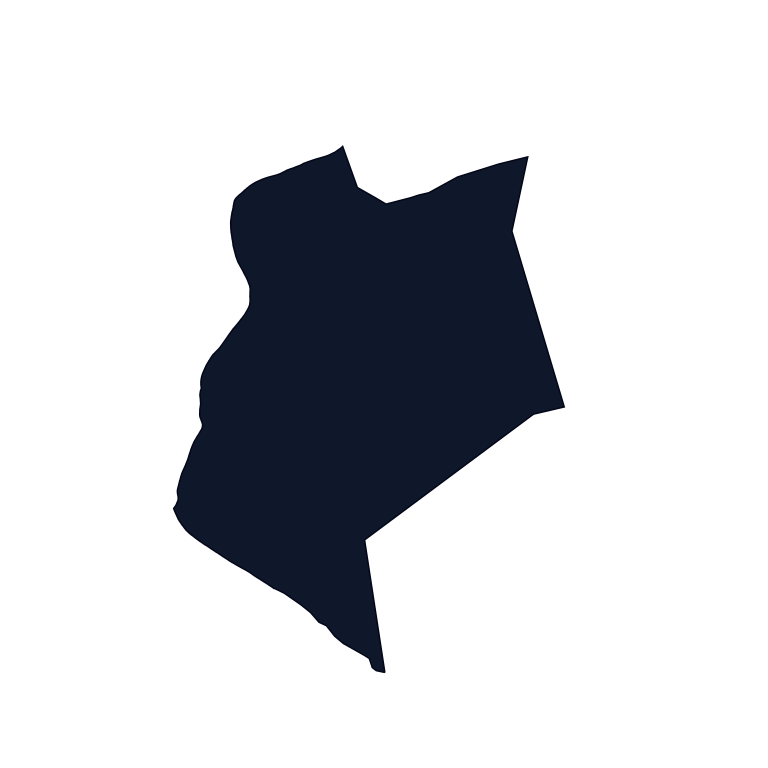 the district of Grande Riviere/Morne Caca Cochon, Dennery, Saint Lucia, rotated 326°
{"feature_id": "8701671B52865399345725", "entity_name": "Grande Riviere/Morne Caca Cochon", "entity_type": "district", "adm_level": 2, "iso_a3": "LCA", "parent_name": "Saint Lucia", "parent_adm1": "Dennery", "projection": "albers", "projection_center": [-60.939, 13.929], "detail": "fine", "context": "isolated", "style": "filled", "palette": "ink", "viewbox_px": 768, "rotation_deg": 326, "n_neighbors": 0, "source": "geoboundaries", "source_scale": "gbopen_adm2", "svg_char_len": 6171}
<svg xmlns="http://www.w3.org/2000/svg" viewBox="0 0 768 768"><g transform="rotate(326 384 384)"><path d="M630.2,276.1L602.1,265.8L560.7,253.5L528.1,250.5L518.1,246.7L510.3,244.5L486.3,236.0L481.3,225.4L471.8,206.2L482.6,163.9L481.9,164.0L481.3,164.1L479.6,164.3L478.2,164.3L473.1,164.4L472.2,164.3L470.5,164.0L469.4,163.9L467.5,163.6L466.2,163.4L464.5,163.0L462.1,162.4L461.5,162.2L460.9,162.0L459.5,161.5L458.8,161.3L456.6,160.6L453.0,159.4L451.8,159.1L451.0,158.8L450.0,158.6L449.1,158.3L448.5,158.2L447.1,157.8L446.3,157.6L445.3,157.3L443.9,157.0L443.1,156.8L442.4,156.6L441.4,156.4L440.5,156.1L439.6,156.1L438.5,156.1L435.7,155.6L434.6,155.3L433.6,155.1L432.7,154.8L430.9,154.5L430.0,154.3L426.8,153.4L424.3,152.8L423.7,152.6L422.5,152.4L421.9,152.4L421.0,152.3L418.8,152.0L418.1,151.9L416.2,151.7L415.5,151.6L414.7,151.4L413.8,151.2L413.2,151.0L411.9,150.7L411.2,150.5L410.6,150.2L409.5,149.9L408.7,149.6L407.2,149.1L406.5,148.8L405.7,148.6L403.8,147.9L402.4,147.5L400.7,147.0L399.8,146.8L399.0,146.6L397.0,146.1L396.1,146.0L395.4,145.8L394.4,145.7L393.5,145.5L390.3,145.0L389.5,144.9L388.2,144.9L387.3,144.8L385.9,144.8L384.8,144.8L383.9,144.8L383.0,144.8L382.0,145.0L379.6,145.1L378.9,145.3L377.8,145.4L377.2,145.4L376.5,145.5L375.3,145.7L374.6,145.9L373.9,145.9L372.8,146.1L371.8,146.2L371.0,146.3L370.3,146.3L369.3,146.4L368.4,146.6L367.5,146.7L364.9,147.3L363.5,147.9L362.7,148.3L361.9,149.0L360.8,150.0L360.4,150.5L359.8,151.1L359.1,151.7L358.6,152.2L358.2,152.8L357.5,153.5L356.8,154.2L355.6,155.4L354.9,155.9L353.7,157.1L351.7,159.2L351.2,159.7L350.0,161.1L349.0,162.2L348.4,162.9L347.9,163.4L347.3,164.3L346.8,165.0L346.2,165.9L345.0,167.9L344.3,168.9L343.6,170.2L343.1,171.0L342.4,172.3L342.0,172.9L341.8,173.6L341.5,174.2L340.8,175.8L340.4,176.5L340.1,177.2L339.8,177.8L339.4,178.4L338.7,180.2L338.2,181.2L337.9,181.9L337.5,182.8L337.0,183.6L336.7,184.2L336.3,185.1L336.0,185.8L335.8,186.4L335.1,188.4L334.8,189.1L334.5,190.1L334.1,191.1L333.9,191.8L333.1,194.0L332.6,195.4L332.4,196.2L331.6,199.5L331.2,201.0L331.1,201.8L331.0,202.6L331.0,203.4L330.9,204.0L330.8,205.3L330.7,206.2L330.6,207.0L330.6,207.9L330.5,208.7L330.4,210.0L330.3,211.0L329.9,213.9L329.8,214.7L329.6,217.1L329.5,218.1L329.4,218.7L329.3,219.4L329.1,220.6L328.7,222.7L328.5,223.5L328.3,224.2L328.1,225.1L327.9,225.9L327.7,226.8L327.5,227.6L327.1,228.4L326.6,229.7L326.0,230.6L325.5,231.5L324.9,232.1L324.4,232.9L323.8,233.7L323.2,234.6L322.7,235.3L321.6,236.8L320.8,238.2L320.3,239.0L319.2,240.6L318.3,241.7L317.6,242.4L317.2,242.9L316.6,243.5L315.9,244.0L314.5,244.9L313.8,245.3L313.0,245.8L311.3,246.6L310.1,247.2L309.5,247.5L308.8,247.8L308.2,248.1L307.6,248.4L306.9,248.7L305.9,249.0L305.1,249.3L304.2,249.6L303.4,249.9L302.8,250.1L301.8,250.4L301.1,250.6L300.1,251.0L296.8,252.0L296.2,252.2L295.3,252.5L293.0,253.1L291.6,253.5L290.5,253.8L289.8,253.9L289.3,254.2L288.3,254.5L287.5,254.8L286.4,255.2L285.8,255.4L285.2,255.7L284.4,255.9L283.8,256.1L282.4,256.7L281.4,257.0L280.4,257.5L278.8,258.1L277.3,258.7L275.7,259.3L274.8,259.6L273.3,260.2L271.7,260.8L270.8,261.1L268.9,261.8L268.3,262.0L267.5,262.2L266.6,262.5L266.0,262.6L265.1,262.8L263.5,263.1L261.0,263.6L260.4,263.8L259.4,263.9L258.6,264.1L258.0,264.3L257.2,264.6L256.0,265.1L254.8,265.6L252.7,266.6L251.7,266.9L250.5,267.6L249.9,267.8L249.2,268.1L248.7,268.4L247.4,269.0L246.8,269.3L245.9,269.9L245.2,270.3L244.4,270.8L243.6,271.3L242.4,272.1L241.6,272.6L240.4,273.3L239.7,273.8L239.0,274.3L238.5,274.7L237.0,275.9L236.5,276.4L235.1,277.8L234.5,278.5L233.4,279.8L232.9,280.6L232.3,281.5L231.8,282.2L231.1,283.6L230.6,284.6L230.2,285.4L229.3,286.1L228.6,286.6L227.9,287.2L227.2,287.9L226.5,288.7L225.6,289.7L224.8,290.9L224.5,291.5L223.7,293.1L223.3,293.9L222.7,294.8L221.9,296.3L221.4,297.1L221.0,297.7L220.5,298.4L219.8,299.2L219.1,299.9L218.7,300.4L217.8,301.4L216.9,302.4L216.3,303.3L215.3,304.7L214.8,305.3L214.0,306.5L213.2,308.0L212.6,310.1L212.5,310.8L212.2,311.7L212.0,312.6L211.8,313.5L211.5,314.5L211.3,315.2L211.1,315.8L210.7,316.6L209.3,318.1L208.5,318.8L207.6,319.5L206.7,319.9L205.8,320.3L205.0,320.6L204.3,321.1L203.5,321.4L202.1,322.1L200.6,322.7L199.8,323.0L198.9,323.5L194.7,325.5L194.1,325.8L193.2,326.3L192.3,327.0L191.1,327.7L189.6,328.7L188.4,329.6L187.7,330.0L187.2,330.4L186.4,331.1L184.1,332.9L183.6,333.2L182.4,334.2L180.1,336.1L179.4,336.6L178.9,337.0L176.7,338.5L175.9,339.1L175.1,339.5L174.4,340.1L172.6,341.2L170.4,342.6L169.8,342.9L168.9,343.5L167.5,344.4L166.9,344.8L166.2,345.3L165.0,346.2L164.2,346.9L163.7,347.3L162.9,348.0L162.4,348.4L161.8,349.0L161.3,349.4L160.1,350.3L159.1,351.3L158.2,352.1L157.3,352.9L155.6,354.4L154.9,355.0L154.2,355.7L153.6,356.2L153.1,356.9L152.5,357.7L152.2,358.2L151.7,359.1L151.3,360.0L151.0,360.8L150.3,362.3L149.8,363.1L149.3,363.9L148.7,364.7L148.0,365.4L143.7,368.2L140.1,369.5L139.8,370.4L139.4,372.2L138.8,375.4L138.6,377.0L138.4,377.8L138.1,379.8L137.9,380.7L137.9,381.4L137.8,382.3L137.8,383.7L137.8,388.8L138.0,389.7L138.0,391.6L138.1,392.2L138.1,393.3L138.2,394.3L138.4,395.4L138.8,397.1L138.9,397.8L139.1,398.6L139.4,399.6L139.8,401.0L140.5,402.9L141.6,406.3L142.8,409.7L143.0,410.3L143.3,411.2L143.6,411.9L143.9,412.6L144.3,413.5L145.2,416.0L145.6,417.0L146.0,417.7L146.3,418.4L146.7,419.2L147.8,421.9L148.3,423.3L149.0,425.0L149.3,425.7L150.0,427.3L150.8,429.4L151.8,431.4L152.0,432.0L152.6,433.5L153.1,434.6L153.4,435.5L154.0,437.0L154.3,437.7L155.2,439.7L155.5,440.5L156.2,442.0L156.5,442.9L156.7,443.5L157.1,444.4L157.8,446.0L159.5,449.3L160.0,450.5L160.3,451.1L160.6,451.7L161.4,453.3L162.7,455.9L163.0,456.5L164.1,458.6L164.7,459.7L165.0,460.3L165.9,462.1L166.3,462.9L166.5,463.5L167.0,464.4L167.4,465.3L167.7,466.1L168.5,468.3L169.1,469.9L169.4,470.7L170.3,472.7L170.6,473.4L171.3,475.1L172.1,476.6L172.4,477.6L172.7,478.1L173.7,480.6L174.9,483.2L175.4,484.4L175.7,485.0L176.2,486.4L176.5,487.2L176.8,487.8L177.8,490.2L178.4,492.0L179.0,492.4L184.3,501.6L191.6,520.4L195.3,532.3L196.9,545.2L201.1,552.2L202.1,565.6L205.2,576.4L215.7,597.4L218.3,603.3L216.7,609.2L215.7,612.5L217.3,617.3L223.0,623.2L223.6,623.2L280.7,502.4L491.1,492.6L520.6,503.8L575.5,328.8L630.2,276.1Z" fill="#0f172a" stroke="#020617" stroke-width="1.5"/></g></svg>